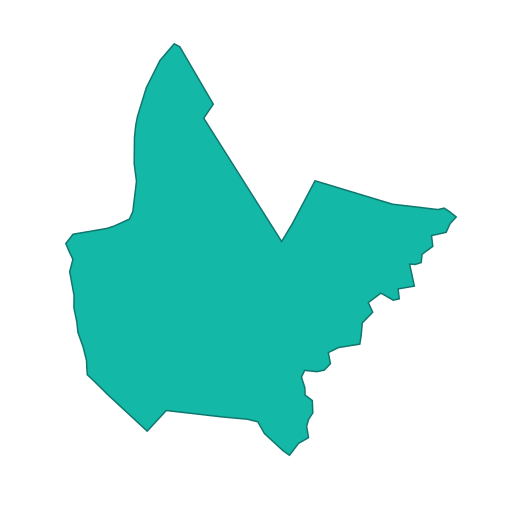 outline of Paranapoema, Paraná, Brazil, rotated 11°
{"feature_id": "56859067B29762724922920", "entity_name": "Paranapoema", "entity_type": "district", "adm_level": 2, "iso_a3": "BRA", "parent_name": "Brazil", "parent_adm1": "Paraná", "projection": "natural_earth1", "projection_center": [-52.089, -22.65], "detail": "fine", "context": "isolated", "style": "filled", "palette": "teal", "viewbox_px": 512, "rotation_deg": 11, "n_neighbors": 0, "source": "geoboundaries", "source_scale": "gbopen_adm2", "svg_char_len": 1117}
<svg xmlns="http://www.w3.org/2000/svg" viewBox="0 0 512 512"><g transform="rotate(11 256 256)"><path d="M72.3,269.5L66.9,280.0L71.9,287.5L76.9,294.2L76.1,306.9L84.9,329.4L87.1,341.5L92.7,355.0L95.8,365.0L103.8,378.6L109.6,391.0L111.2,397.8L113.1,404.8L119.8,409.0L137.9,421.0L182.6,448.7L197.4,424.8L252.7,420.5L278.5,417.9L289.4,418.4L298.2,428.7L319.7,442.0L326.9,445.2L333.5,431.8L342.2,424.3L338.2,413.5L338.8,406.4L341.7,399.2L338.9,387.2L330.7,383.1L329.1,376.0L323.7,366.2L325.6,359.0L337.9,357.9L344.8,355.0L349.6,347.5L345.4,337.0L354.5,330.1L374.7,322.7L374.4,313.8L373.1,301.4L381.3,288.9L375.1,280.3L385.7,268.6L399.2,273.2L404.8,270.7L401.8,261.2L417.2,255.3L408.3,234.6L414.0,233.9L419.4,230.9L418.7,222.6L427.7,212.8L424.4,202.5L438.1,196.5L440.4,187.0L445.1,179.5L437.3,175.4L431.5,173.1L425.7,175.7L380.0,179.1L299.6,170.9L285.4,217.7L278.4,236.9L178.4,130.7L185.1,115.1L141.3,65.2L135.2,63.3L124.4,82.4L116.2,111.8L113.0,142.0L113.0,150.3L114.1,163.0L118.8,188.6L124.4,205.4L126.6,235.8L124.7,243.9L111.0,253.7L104.3,257.4L72.3,269.5Z" fill="#14b8a6" stroke="#0f766e" stroke-width="1.5"/></g></svg>